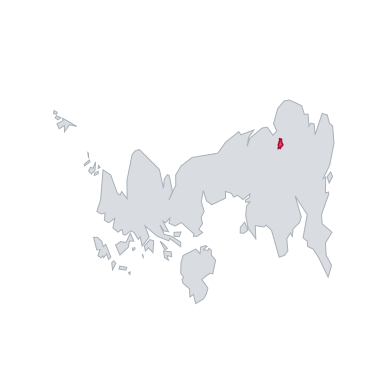 Peterborough on a map of United Kingdom (Natural Earth projection), rotated 281°
{"feature_id": "GBR-2760", "entity_name": "Peterborough", "entity_type": "Unitary Authority", "adm_level": 1, "iso_a3": "GBR", "parent_name": "United Kingdom", "parent_adm1": "", "projection": "natural_earth1", "projection_center": [-0.256, 52.584], "detail": "fine", "context": "in_parent", "style": "filled", "palette": "rose", "viewbox_px": 384, "rotation_deg": 281, "n_neighbors": 0, "source": "natural_earth", "source_scale": "10m", "svg_char_len": 4235}
<svg xmlns="http://www.w3.org/2000/svg" viewBox="0 0 384 384"><g transform="rotate(281 192 192)"><path d="M207.8,294.0L188.4,304.0L182.4,303.4L175.1,298.3L167.4,298.9L170.6,296.3L164.1,294.0L152.5,297.3L147.5,295.0L144.6,290.0L169.7,277.3L173.6,271.1L171.4,269.2L171.1,260.5L158.1,263.6L167.5,253.9L178.8,249.3L188.5,248.2L193.5,250.7L192.1,246.8L194.3,245.9L197.5,249.4L201.2,249.2L194.3,243.5L197.5,237.3L194.9,234.1L198.2,230.8L198.9,224.7L192.4,226.1L183.2,213.8L186.1,207.9L195.5,202.8L184.3,203.0L175.3,207.6L168.8,205.8L163.0,208.3L156.5,205.8L154.3,210.2L149.5,205.5L148.8,201.9L151.3,201.8L160.0,187.4L155.4,181.9L157.0,175.4L162.3,175.2L156.7,172.0L157.7,169.0L148.5,176.6L148.5,171.6L153.5,166.9L145.0,172.9L144.7,179.9L140.7,190.5L136.1,191.3L142.2,179.0L139.6,178.7L141.9,166.4L149.8,152.3L139.5,158.6L129.3,153.4L138.1,149.7L135.3,148.3L141.3,142.7L142.1,139.1L137.2,135.1L137.1,132.6L141.9,130.4L138.5,127.1L141.6,121.2L151.3,121.2L145.9,116.0L147.7,111.3L154.8,110.7L153.1,107.3L154.8,102.3L167.2,103.8L196.8,100.4L193.2,109.0L176.4,119.0L175.3,122.0L179.1,122.9L173.0,129.6L191.2,125.9L217.4,126.1L221.8,128.6L223.6,132.4L207.8,155.7L190.2,163.3L199.4,162.3L204.4,164.6L203.9,166.4L188.9,172.7L179.7,170.8L195.7,174.8L205.5,172.7L215.3,176.2L225.9,185.5L235.0,209.8L247.3,215.5L260.2,226.4L257.5,229.1L264.6,240.8L256.1,237.1L247.5,237.5L255.6,238.4L268.1,248.5L270.0,253.5L263.1,260.7L268.3,263.5L274.5,259.0L290.3,260.2L298.9,265.1L300.9,270.1L297.6,283.2L289.7,287.4L290.6,291.0L279.0,294.3L282.2,295.5L282.1,298.9L271.7,301.9L293.9,304.8L293.5,310.0L285.6,313.9L283.8,317.4L266.8,322.1L244.5,322.0L230.3,318.2L232.2,320.4L216.5,323.1L218.0,326.0L216.4,326.7L194.7,323.4L185.6,325.8L179.2,337.1L167.6,332.7L155.6,335.7L146.6,343.0L134.5,341.8L152.0,328.7L159.1,321.7L160.6,315.9L165.7,314.5L168.2,309.8L191.8,309.4L207.8,294.0ZM129.5,228.2L115.6,228.0L115.7,225.1L108.0,218.2L100.8,225.9L94.6,225.6L89.2,223.6L83.1,216.9L91.8,212.9L88.5,210.0L96.5,208.0L100.6,200.7L104.1,198.9L106.6,200.1L110.1,196.4L120.5,194.7L128.0,195.4L136.7,206.6L133.0,211.6L139.6,211.0L141.9,215.6L141.6,217.2L137.5,214.2L137.7,218.9L139.9,219.2L138.7,222.0L133.9,223.0L129.5,228.2ZM129.4,107.9L126.5,112.7L121.5,115.3L124.2,117.3L112.5,124.8L109.9,123.0L114.9,120.0L110.6,117.8L112.2,116.5L110.1,115.3L111.5,111.8L117.9,112.7L117.0,109.6L128.7,104.0L129.4,107.9ZM129.8,131.6L129.8,136.9L139.8,139.3L132.7,144.3L131.9,140.0L125.6,140.0L116.4,133.3L125.3,127.1L129.8,131.6ZM233.1,46.5L237.4,51.7L239.7,51.0L234.4,66.4L234.6,58.9L226.8,55.4L232.9,54.0L228.7,49.6L233.1,46.5ZM136.7,163.8L125.0,165.2L129.0,159.8L125.1,157.6L129.9,155.4L137.2,159.8L136.7,163.8ZM166.6,246.2L172.5,249.4L165.2,254.2L161.3,250.7L161.0,247.1L166.6,246.2ZM128.7,175.4L129.3,183.0L124.6,184.4L124.8,179.6L120.6,181.9L122.4,177.5L128.7,175.4ZM197.0,87.7L196.5,90.3L203.1,91.6L194.5,92.6L190.5,89.9L192.8,86.5L197.0,87.7ZM150.6,188.9L145.7,188.0L145.0,182.8L149.0,182.1L150.6,188.9ZM238.2,324.2L234.0,327.1L227.0,324.9L232.7,321.8L238.2,324.2ZM132.0,178.6L129.9,176.4L137.6,170.1L136.0,173.3L132.0,178.6ZM107.1,126.7L109.5,128.2L107.5,130.8L100.4,128.9L107.1,126.7ZM105.6,142.4L102.7,142.0L102.4,135.0L105.5,135.3L105.6,142.4ZM239.9,49.1L237.3,46.7L238.8,43.5L241.0,44.5L239.9,49.1ZM203.9,85.3L202.0,86.0L197.1,81.5L198.7,80.9L203.9,85.3ZM194.4,96.0L192.0,96.4L189.6,92.9L192.2,93.0L194.4,96.0ZM245.6,41.0L244.5,44.5L242.4,44.2L242.6,41.1L245.6,41.0ZM210.3,83.0L205.3,84.1L210.8,82.2L210.3,83.0ZM126.4,146.6L124.9,146.9L123.1,145.1L125.5,144.2L126.4,146.6ZM200.2,95.1L198.5,97.1L197.2,95.3L200.2,95.1ZM120.6,156.0L117.6,156.9L121.7,154.9L120.6,156.0ZM101.8,146.5L99.9,146.9L99.1,146.4L101.0,145.1L101.8,146.5Z" fill="#d9dde1" stroke="#a8b0b8" stroke-width="1"/><path d="M261.0,267.8L261.0,268.9L261.0,269.5L260.9,269.8L260.7,269.9L260.2,269.9L259.0,270.1L257.8,270.7L257.3,270.8L256.8,271.4L256.1,271.9L255.7,272.2L254.9,272.1L254.2,271.5L253.6,271.0L253.3,270.6L252.9,270.6L252.9,270.4L251.9,270.5L251.6,270.4L251.8,269.2L251.6,268.7L251.2,268.4L251.7,268.2L252.4,268.4L253.2,268.4L255.1,267.6L256.3,268.1L257.7,267.8L258.1,268.3L258.6,268.2L259.1,268.4L259.9,268.0L260.3,268.0L261.0,267.8L261.0,267.8Z" fill="#f43f5e" stroke="#9f1239" stroke-width="1.5"/></g></svg>